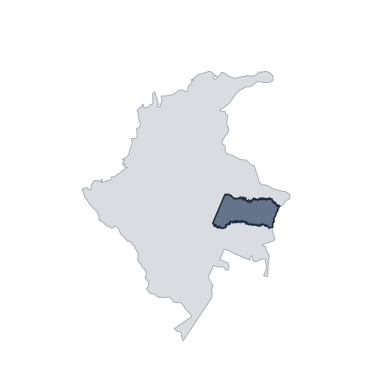 Cumaribo, Vichada, Colombia shown in context, rotated 23°
{"feature_id": "7082276B31805828490385", "entity_name": "Cumaribo", "entity_type": "district", "adm_level": 2, "iso_a3": "COL", "parent_name": "Colombia", "parent_adm1": "Vichada", "projection": "orthographic", "projection_center": [-69.558, 4.15], "detail": "fine", "context": "in_parent", "style": "filled", "palette": "slate", "viewbox_px": 384, "rotation_deg": 23, "n_neighbors": 0, "source": "geoboundaries", "source_scale": "gbopen_adm2", "svg_char_len": 9561}
<svg xmlns="http://www.w3.org/2000/svg" viewBox="0 0 384 384"><g transform="rotate(23 192 192)"><path d="M219.8,61.3L216.2,62.8L209.2,64.6L204.4,72.4L201.1,73.8L197.0,78.5L194.0,84.2L191.6,96.0L185.5,106.0L186.0,106.4L188.4,106.0L190.6,104.9L191.4,105.2L192.2,107.0L194.9,107.4L197.1,115.5L201.2,119.7L201.6,121.3L202.1,124.7L200.6,126.7L200.1,134.1L201.4,136.0L204.5,136.8L206.6,141.4L207.9,142.5L209.8,143.2L214.3,142.5L222.6,143.3L224.5,143.1L229.1,141.5L235.0,143.5L239.3,143.8L251.1,157.8L252.3,157.4L253.8,158.2L256.7,156.8L259.3,156.6L262.7,157.3L267.1,157.3L276.1,155.8L277.4,155.0L282.3,155.8L283.7,156.8L284.4,159.5L283.9,161.1L282.2,162.7L281.2,164.8L281.1,167.3L280.2,169.2L278.6,170.4L278.0,172.2L278.4,174.5L277.5,185.1L278.2,186.0L278.8,190.3L280.8,195.9L281.8,197.5L283.6,198.9L286.7,203.5L286.0,205.1L277.9,212.3L277.5,214.0L279.1,213.3L281.6,214.0L282.4,215.8L288.5,220.8L288.4,222.7L290.1,226.5L289.8,227.4L294.0,238.2L294.1,240.5L290.7,241.1L290.5,233.9L290.0,232.4L286.1,225.9L285.3,225.4L282.6,226.2L278.3,230.9L276.2,231.7L274.6,231.0L273.0,228.2L271.9,227.6L270.9,230.0L272.2,232.1L252.9,232.1L249.1,231.3L244.0,232.3L243.9,243.3L253.0,243.4L255.5,246.6L255.3,249.1L255.7,250.0L253.5,250.6L250.3,248.8L244.7,250.9L240.5,251.4L240.2,263.5L242.7,266.5L247.6,269.7L248.3,271.9L248.0,274.0L249.1,276.6L250.7,277.9L250.7,279.5L251.5,281.2L242.0,332.2L238.6,329.1L237.4,326.3L235.7,325.2L232.5,326.0L229.1,324.6L240.2,307.3L239.8,305.8L230.5,301.6L229.5,300.5L225.1,298.2L222.7,298.9L221.3,300.0L217.9,300.3L215.1,298.5L211.9,297.3L208.0,300.2L206.8,300.1L204.0,301.4L201.1,301.9L197.2,300.6L194.1,301.5L191.9,301.3L191.0,300.3L188.3,299.3L188.0,298.1L188.7,296.0L187.5,291.8L187.1,291.1L185.0,291.0L182.5,289.4L182.0,288.5L182.5,286.8L182.1,285.4L179.6,282.0L176.3,281.1L173.1,278.2L169.8,277.2L168.4,275.2L167.0,270.7L163.6,267.1L161.3,265.9L160.5,264.2L158.1,264.0L154.8,261.7L153.4,261.5L152.4,262.6L149.4,261.4L146.8,259.7L144.1,259.2L142.4,258.2L139.2,254.9L135.8,253.3L133.9,253.8L133.2,256.2L132.1,256.7L128.2,256.0L127.5,256.5L126.5,256.4L121.7,254.6L117.0,253.9L115.8,249.8L112.8,248.3L111.9,246.3L109.8,246.5L101.7,242.7L98.4,240.1L95.6,238.6L92.6,235.7L92.1,234.5L89.9,232.8L91.0,230.7L93.8,229.1L97.4,230.4L97.8,227.9L96.5,225.6L97.2,220.6L98.1,219.4L100.1,218.4L101.3,218.8L102.1,218.0L105.0,218.4L105.9,218.1L108.2,216.1L109.2,214.5L110.2,214.6L112.6,211.9L112.2,209.2L114.5,208.6L116.9,204.1L117.9,204.0L118.4,201.9L122.6,194.6L121.1,195.4L119.5,194.9L119.8,192.4L119.3,192.1L117.9,194.0L116.8,192.0L117.1,188.9L115.3,189.4L115.4,188.7L118.1,186.3L119.3,180.9L118.4,178.9L117.9,170.7L117.5,169.1L115.3,167.1L118.8,164.8L120.1,163.0L118.6,159.4L116.5,156.3L116.5,154.5L117.7,154.6L118.3,149.6L117.2,147.6L115.7,147.6L111.3,140.0L109.7,138.5L110.9,134.9L112.4,133.3L112.1,130.6L113.0,130.7L115.0,133.2L115.8,132.9L118.9,130.5L119.1,128.3L121.6,126.1L118.2,118.4L117.1,117.2L118.5,114.7L119.3,114.9L120.7,117.3L122.8,118.9L125.9,123.2L127.3,124.1L126.3,125.1L126.1,126.1L126.5,126.7L128.4,126.8L129.1,125.6L128.7,120.4L128.0,117.8L126.3,116.0L126.9,115.2L130.2,114.0L137.1,109.1L139.5,104.5L141.4,102.8L143.4,101.7L145.9,102.0L147.8,101.4L148.4,99.9L147.2,96.7L148.8,92.3L148.7,90.1L149.7,88.8L149.4,88.2L146.9,89.8L149.5,86.7L151.4,82.0L161.4,73.7L167.9,75.7L169.9,75.6L167.2,76.6L166.8,77.9L167.7,79.1L168.7,79.5L169.5,78.7L171.8,73.8L172.1,71.1L173.1,70.2L174.5,69.9L180.8,71.1L186.8,70.7L196.6,63.8L204.0,60.8L205.9,58.0L206.4,55.8L207.7,55.0L209.1,55.0L210.0,53.8L213.3,52.0L217.0,51.8L220.8,53.4L222.5,56.3L222.8,58.3L219.8,61.3ZM105.1,217.5L104.7,217.9L103.8,217.2L103.5,216.4L104.1,215.7L104.8,216.0L105.1,217.5Z" fill="#d9dde1" stroke="#a8b0b8" stroke-width="1"/><path d="M238.1,178.8L237.9,178.8L237.9,179.3L237.6,179.4L237.5,179.7L237.1,179.6L236.7,180.2L236.4,180.4L236.3,180.2L236.0,180.4L236.0,180.7L235.7,180.8L235.6,181.0L235.2,181.1L235.0,180.9L234.4,180.7L234.2,181.2L234.1,181.4L233.5,181.7L233.2,181.4L233.0,181.6L232.7,181.3L232.1,181.3L231.1,180.7L229.9,180.6L229.8,180.1L229.6,179.9L229.2,180.0L228.6,179.9L228.0,180.4L227.5,180.0L226.3,179.9L225.7,180.4L225.3,180.4L225.1,180.5L225.2,180.9L225.1,181.3L224.4,181.0L223.3,181.4L223.3,212.5L223.6,213.0L224.1,213.1L224.4,213.0L224.8,213.4L225.4,213.2L225.5,213.6L225.2,213.9L225.5,214.2L225.8,213.7L225.6,213.3L225.6,213.0L226.1,213.1L226.3,213.8L226.5,214.0L226.8,213.9L226.5,213.3L226.7,213.1L227.0,213.5L226.7,214.3L227.6,213.7L228.0,214.0L228.0,214.3L227.7,214.5L227.8,214.6L228.7,214.4L229.2,214.0L229.3,214.8L229.5,215.0L229.9,214.3L230.3,214.2L230.6,213.9L230.6,213.6L230.2,213.1L230.3,213.0L230.7,213.1L230.8,213.8L231.0,214.1L231.2,213.9L231.4,213.3L231.5,213.2L232.9,214.1L233.1,213.7L234.5,213.4L235.4,213.0L235.6,212.7L235.5,212.0L236.0,212.0L236.7,211.6L236.7,210.7L236.3,210.0L237.1,209.9L236.8,209.4L236.1,209.4L236.0,209.1L236.7,209.0L236.6,208.5L237.1,208.1L237.3,207.5L238.0,207.6L237.8,207.1L238.0,207.1L238.2,207.6L238.7,207.5L238.8,207.3L238.4,206.9L238.5,206.6L238.8,206.7L238.9,207.3L239.3,207.1L239.2,206.4L238.8,206.2L238.8,205.8L239.1,205.6L239.5,205.8L239.6,205.6L238.5,204.7L239.2,204.4L239.3,203.8L239.5,203.8L239.6,204.1L240.2,204.0L241.0,203.5L241.2,204.1L241.4,204.3L242.4,203.9L242.5,203.6L242.1,203.2L242.1,202.9L242.9,203.0L243.1,203.4L243.6,203.1L243.8,202.5L243.2,201.8L243.2,201.5L243.6,201.5L243.9,202.3L244.5,202.5L244.1,201.6L244.1,201.3L244.5,201.2L244.5,201.9L244.8,202.0L245.0,201.8L245.0,201.3L245.2,201.0L245.9,201.4L246.3,201.3L246.2,201.0L245.8,200.8L245.8,200.6L246.3,200.8L246.5,201.5L247.1,200.7L247.7,201.0L248.0,200.5L248.3,201.0L248.6,200.2L248.5,199.5L248.7,199.3L248.6,199.1L248.3,199.2L249.8,199.1L250.0,199.6L250.2,198.8L250.6,198.6L250.9,198.7L251.2,199.3L251.4,199.4L251.8,199.0L252.1,199.3L253.2,198.5L253.4,198.8L253.1,199.6L253.4,199.7L253.8,199.1L253.4,198.5L253.6,198.3L254.1,198.5L254.3,199.2L254.6,199.1L254.8,198.7L255.0,198.8L254.9,199.3L255.5,199.2L255.1,199.9L255.7,199.7L256.2,199.2L256.6,199.8L256.8,199.8L257.0,199.5L257.3,199.8L258.4,198.9L259.3,199.0L259.4,198.7L259.2,198.2L259.3,198.0L259.5,198.2L259.5,199.0L259.9,199.0L260.6,198.6L261.1,199.2L260.8,198.4L260.8,198.1L261.0,198.0L261.4,198.4L261.7,198.4L262.1,198.2L262.2,197.6L262.4,197.3L263.2,197.6L263.8,197.5L264.2,197.7L263.7,197.1L263.8,196.9L264.1,197.0L264.4,197.5L264.9,197.3L265.2,197.4L265.4,197.2L265.9,197.7L265.8,197.4L265.5,197.0L265.5,196.7L266.5,197.4L266.7,197.2L266.5,196.6L267.1,196.2L267.6,196.4L267.6,195.6L267.9,195.7L268.2,196.2L268.5,196.2L268.5,195.8L267.9,195.4L267.8,195.1L268.0,194.9L268.7,195.2L269.3,195.0L269.4,194.8L269.1,194.4L269.3,193.8L269.8,194.0L271.1,194.1L271.6,194.4L271.7,193.7L272.2,193.9L272.9,193.6L273.1,194.0L272.9,194.6L273.2,194.6L273.5,194.1L273.8,194.0L273.8,194.8L274.4,193.5L274.5,193.5L274.7,194.1L275.2,194.0L275.7,194.3L276.2,194.3L276.6,195.2L277.2,195.0L278.3,193.9L280.0,192.9L279.6,191.5L279.0,190.9L278.9,190.2L278.5,189.7L278.6,189.0L278.4,188.1L279.1,187.8L278.8,187.0L278.9,186.6L278.5,186.3L278.6,185.8L278.5,185.6L277.5,184.8L277.8,184.2L277.7,182.8L278.2,181.7L277.8,177.7L278.3,175.9L278.1,175.7L278.1,175.4L277.5,174.5L278.0,173.5L278.0,172.5L277.6,172.2L277.6,171.6L278.2,171.0L277.6,170.9L277.5,170.4L276.6,170.7L276.5,171.0L276.2,171.0L275.8,171.7L275.3,170.6L274.7,170.8L274.0,170.1L274.1,170.7L273.6,170.4L273.4,169.5L273.0,169.4L273.3,169.8L272.9,170.0L272.6,169.5L271.6,169.5L272.1,170.0L271.9,170.2L271.4,169.4L271.0,169.4L270.8,168.9L270.5,168.9L270.6,169.6L270.3,169.6L270.0,169.3L269.9,168.9L269.5,168.8L269.6,168.3L268.7,168.1L268.6,167.6L268.1,168.0L267.9,167.7L267.3,167.9L267.1,167.3L266.8,167.5L266.3,167.5L266.2,167.8L266.5,168.1L266.3,168.2L266.0,168.3L265.7,167.7L265.6,168.0L265.2,168.2L264.5,168.2L264.3,169.2L263.6,168.6L263.8,168.8L263.4,169.1L263.5,169.4L263.2,169.2L263.1,169.5L262.6,169.7L262.7,169.9L262.5,170.2L262.3,169.9L262.1,170.0L261.8,169.7L261.6,170.0L261.4,169.7L261.1,169.9L260.8,169.8L260.8,170.3L260.5,170.1L260.2,170.1L260.4,170.3L259.9,170.9L259.6,170.9L259.6,171.2L259.1,170.9L259.1,171.2L258.8,171.3L258.5,171.2L258.2,171.7L257.9,171.3L257.5,171.5L257.3,171.5L257.3,171.3L257.0,171.6L256.8,171.5L256.7,171.8L257.2,171.7L257.4,172.0L256.7,172.2L256.7,172.6L256.1,172.5L255.9,172.7L256.4,172.9L255.7,173.2L255.7,173.4L255.9,173.5L255.8,173.9L255.4,173.8L255.2,173.5L255.0,173.8L254.8,173.6L254.2,173.7L253.7,173.6L253.5,174.0L253.4,173.8L253.1,174.1L253.0,173.8L252.6,173.9L252.6,173.6L251.8,173.9L251.6,173.6L251.1,173.7L251.1,174.4L251.4,174.4L251.2,175.0L251.4,175.1L251.1,175.5L251.2,176.1L250.9,176.1L251.0,176.2L251.0,176.3L250.6,176.5L250.6,176.3L250.5,176.6L250.3,176.7L249.9,176.7L250.1,177.2L249.4,177.2L249.6,177.8L249.3,177.6L249.1,178.0L248.7,178.0L248.8,178.2L248.4,178.0L248.5,178.2L248.4,178.3L248.0,178.2L247.9,178.4L247.4,177.6L247.3,178.2L246.9,178.0L247.1,178.2L247.1,178.7L246.8,178.7L246.7,178.5L246.8,178.9L246.4,178.4L246.2,178.5L246.4,178.8L246.0,178.6L245.9,178.9L245.6,178.8L245.5,178.6L244.8,178.7L244.6,178.2L244.6,177.7L244.4,177.4L244.2,177.4L244.1,177.7L243.8,177.3L243.7,177.7L243.6,177.4L243.3,177.4L243.4,177.1L243.1,177.3L243.0,177.2L243.0,177.5L242.8,177.4L242.7,177.7L242.4,177.7L242.2,177.5L242.2,177.8L241.9,177.6L242.1,177.8L241.8,177.8L241.8,178.1L241.6,177.8L241.5,178.0L241.3,177.9L241.2,178.1L240.8,177.8L240.9,178.2L240.7,178.0L240.4,178.0L240.0,178.2L240.0,178.6L239.8,178.2L239.8,178.6L239.6,178.5L239.4,178.7L239.2,178.7L238.8,178.8L238.7,178.4L238.5,178.7L238.4,178.4L238.3,178.6L238.1,178.6L238.1,178.8Z" fill="#64748b" stroke="#1e293b" stroke-width="1.5"/></g></svg>